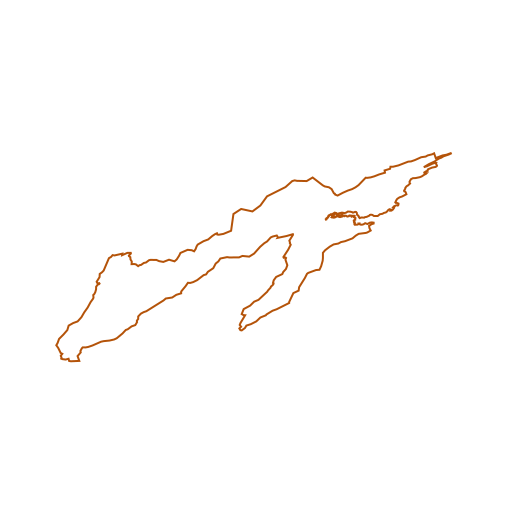 outline of Førde nor, Sogn og Fjordane, Norway, rotated 155°
{"feature_id": "86288312B49751827405886", "entity_name": "Førde nor", "entity_type": "district", "adm_level": 2, "iso_a3": "NOR", "parent_name": "Norway", "parent_adm1": "Sogn og Fjordane", "projection": "robinson", "projection_center": [5.859, 61.462], "detail": "fine", "context": "isolated", "style": "outline", "palette": "amber", "viewbox_px": 512, "rotation_deg": 155, "n_neighbors": 0, "source": "geoboundaries", "source_scale": "gbopen_adm2", "svg_char_len": 6078}
<svg xmlns="http://www.w3.org/2000/svg" viewBox="0 0 512 512"><g transform="rotate(155 256 256)"><path d="M135.3,236.5L136.8,237.5L138.7,238.1L141.5,237.9L143.2,239.6L145.1,239.3L146.8,239.6L148.2,240.4L148.5,241.0L148.4,241.6L149.2,241.5L149.5,242.0L149.8,241.6L150.9,241.6L153.3,242.6L153.4,243.0L153.0,243.4L153.3,243.5L152.9,243.5L152.6,244.0L153.0,244.2L152.8,244.8L152.9,245.0L152.2,245.7L152.6,246.2L152.6,246.6L152.1,247.0L150.8,247.0L150.8,247.4L150.1,247.9L149.8,248.5L150.8,249.7L149.6,250.6L149.7,250.8L150.7,251.3L152.5,251.3L152.2,252.0L153.1,252.3L153.1,252.6L153.5,252.7L153.8,253.1L154.6,253.2L155.0,252.8L156.5,253.1L156.9,253.5L157.0,254.1L157.7,254.6L158.8,254.7L158.7,255.1L160.3,255.5L161.0,255.3L163.3,255.7L164.2,256.3L164.0,257.3L164.9,257.7L165.9,257.5L166.4,257.7L168.4,257.6L169.8,258.1L170.8,259.0L170.4,259.1L170.9,259.1L170.4,259.1L170.7,259.4L169.6,260.1L168.6,260.3L166.9,260.3L168.6,260.2L168.9,259.9L168.2,260.0L170.0,259.4L170.4,258.8L166.5,257.7L165.4,258.2L163.2,257.2L163.0,256.9L162.1,256.8L161.9,257.0L160.5,256.9L160.5,257.2L160.2,257.0L159.7,258.1L160.2,258.5L161.7,259.2L164.8,259.2L165.5,259.6L165.9,260.3L166.6,260.2L165.9,260.4L166.1,261.6L166.7,261.9L170.9,261.4L171.1,261.4L170.1,261.6L172.2,261.9L174.6,260.4L176.7,259.7L176.8,259.4L177.2,259.4L177.2,259.9L176.3,260.2L176.8,260.3L174.7,260.7L173.1,261.9L173.9,261.8L172.7,262.1L168.4,261.8L166.4,262.1L165.2,261.1L165.5,260.8L164.6,259.6L162.6,259.6L159.8,259.0L158.7,258.3L158.2,257.6L155.9,257.2L154.0,257.5L151.8,256.3L150.1,254.9L149.8,254.3L147.5,254.1L146.7,253.6L146.4,252.5L147.0,250.7L146.2,249.4L146.4,249.2L146.1,247.8L146.3,247.6L146.0,246.5L144.3,246.4L141.6,245.0L140.9,245.2L139.2,244.7L137.1,244.7L136.2,244.7L135.5,245.1L134.4,244.9L133.1,244.0L132.3,242.5L128.8,240.8L126.1,241.5L123.5,240.8L122.0,241.0L119.9,240.6L118.6,240.9L116.7,241.8L115.3,242.0L115.1,241.9L115.3,241.5L114.0,240.7L114.8,240.2L114.1,239.9L112.4,240.2L110.5,241.3L110.5,241.8L110.1,242.0L110.9,242.3L110.1,242.7L107.3,242.6L106.9,242.3L106.8,241.9L107.0,241.9L105.9,241.8L105.3,242.2L104.7,243.3L106.1,244.8L106.8,245.0L107.1,245.7L105.2,247.3L103.8,248.1L101.1,248.5L98.6,248.2L93.6,248.4L93.4,250.5L93.6,251.3L94.3,252.0L94.2,252.6L92.2,254.0L91.8,254.7L90.0,255.6L88.5,255.7L85.7,256.6L85.8,257.5L85.5,258.4L83.2,260.1L80.9,260.2L78.5,259.2L74.2,258.2L72.2,258.1L67.5,258.8L67.4,258.6L66.5,258.9L68.0,259.6L68.3,260.0L68.2,260.6L66.1,260.9L64.4,260.6L64.2,261.0L64.6,261.1L63.4,261.9L59.0,261.7L55.5,260.8L54.1,261.1L53.7,261.6L53.9,262.8L53.8,263.7L53.3,264.2L54.3,264.7L57.1,265.1L63.2,265.1L66.4,265.6L60.4,266.2L53.8,266.2L52.5,266.6L48.8,267.0L46.5,266.8L43.9,267.1L38.5,266.5L36.1,266.5L36.1,266.9L40.6,267.3L44.4,268.3L51.7,268.8L51.2,273.8L53.2,273.7L57.9,274.6L60.2,274.4L64.5,275.7L71.5,275.8L75.5,276.2L78.2,277.2L88.6,277.9L94.1,279.0L96.4,280.1L97.6,278.4L103.3,279.2L103.9,277.0L110.0,277.9L115.0,278.2L118.9,278.8L122.4,279.9L123.5,280.6L133.1,276.9L136.8,276.2L140.6,276.0L145.2,276.5L150.5,276.6L156.5,276.3L158.3,278.2L158.2,279.1L158.9,279.9L159.2,284.7L160.9,287.5L164.3,290.0L165.6,291.8L171.5,303.2L178.4,302.5L187.1,306.8L189.0,308.2L191.5,308.6L200.1,306.0L220.8,305.4L230.7,299.9L240.4,297.9L249.6,304.9L258.7,303.6L267.9,289.4L276.2,289.8L280.7,291.0L282.0,291.8L281.8,293.1L284.0,293.1L287.2,292.6L292.3,291.2L297.3,291.6L304.0,291.0L305.8,289.8L307.8,287.8L310.1,286.4L311.8,288.4L315.4,290.5L323.2,290.7L325.5,288.8L329.3,286.4L332.1,285.6L336.4,289.4L342.5,289.8L346.0,292.3L347.9,294.5L353.3,297.1L354.7,297.4L358.4,296.6L360.6,297.1L363.9,296.5L365.5,296.9L367.1,296.6L368.4,299.2L369.8,300.2L372.2,301.2L370.9,303.5L371.2,305.9L370.4,308.1L371.2,309.6L371.1,310.1L368.4,311.1L368.2,311.8L371.3,313.2L377.0,313.3L376.1,314.6L384.0,316.3L385.6,317.4L387.8,316.4L390.2,316.2L400.2,307.2L402.5,306.3L405.2,305.8L406.7,303.0L411.3,300.0L411.2,298.3L410.8,297.9L409.6,297.7L409.5,297.1L410.3,296.8L411.5,297.0L413.9,295.7L415.0,293.4L417.0,291.1L418.6,289.9L420.0,289.4L420.9,286.9L421.8,286.1L425.4,284.1L430.4,280.4L435.5,277.5L440.1,274.3L444.8,272.3L445.4,272.1L450.0,272.5L455.2,272.1L458.3,268.6L463.7,266.2L469.5,264.1L472.6,261.0L474.7,259.5L474.1,256.2L474.0,250.7L472.9,249.2L475.1,248.1L475.2,246.0L475.9,245.3L475.1,244.4L472.3,242.6L469.3,242.1L469.7,239.8L468.2,238.8L460.5,235.6L460.0,240.7L455.6,242.7L455.3,244.1L452.9,245.9L451.7,246.4L449.2,245.2L446.6,244.5L442.0,244.0L432.6,243.8L430.0,243.2L424.6,241.3L419.9,240.3L417.0,240.3L409.7,242.2L405.3,244.0L403.2,243.8L398.5,244.8L394.6,244.4L392.1,246.1L391.7,246.4L391.5,247.4L391.2,247.8L389.4,248.7L388.3,251.0L384.7,252.4L381.6,252.6L378.7,252.3L358.6,254.8L355.7,255.6L349.5,253.8L344.6,254.5L339.6,253.8L339.1,255.0L338.5,255.6L332.6,258.4L329.0,260.5L327.1,259.4L324.0,258.9L319.5,259.0L311.5,260.8L309.0,260.4L306.3,262.0L299.9,263.0L295.7,266.2L292.4,267.0L289.4,268.8L282.7,267.2L280.7,265.9L271.9,261.9L268.3,261.8L262.4,258.3L256.7,259.0L248.3,262.6L243.1,264.1L239.8,264.5L234.8,266.6L232.7,266.6L228.5,265.8L228.2,263.6L228.7,263.3L219.9,261.2L213.4,260.2L213.5,259.6L219.3,255.8L219.5,253.9L219.9,253.4L219.8,251.5L220.1,251.3L224.2,248.1L231.6,243.5L231.6,242.7L229.9,242.2L229.6,241.5L230.7,240.5L230.9,239.9L231.5,234.4L234.3,231.6L238.1,230.0L239.8,228.5L246.6,228.5L250.2,226.5L252.0,224.4L251.6,223.9L251.8,223.4L253.3,222.5L255.4,222.0L256.1,221.2L259.7,219.7L260.9,218.9L272.3,215.2L277.0,215.4L282.3,213.5L289.6,213.1L293.5,209.4L292.3,207.7L290.9,206.9L298.3,201.9L299.9,200.4L299.4,198.2L301.7,197.4L301.5,195.4L300.4,194.6L296.5,195.4L294.1,197.0L289.5,196.4L283.4,196.6L278.0,198.4L272.1,198.1L271.2,198.6L264.1,199.4L259.7,199.0L245.8,199.4L245.4,200.3L237.8,206.6L232.0,206.6L230.1,209.5L221.0,215.4L217.3,218.3L215.8,218.6L207.5,217.9L204.3,216.7L201.3,219.2L197.6,223.5L196.2,225.9L194.0,230.6L191.0,232.0L185.2,233.3L180.8,233.7L176.1,232.5L173.1,232.7L169.1,231.8L161.1,231.2L157.0,232.3L153.6,232.7L146.7,230.5L145.3,230.3L141.3,230.6L141.4,233.3L140.8,235.5L137.7,236.0L135.7,235.7L135.3,236.5Z" fill="none" stroke="#b45309" stroke-width="2"/></g></svg>